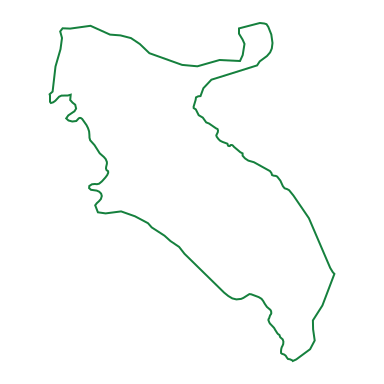 Ilam, Equal Earth projection
{"feature_id": "IRN-3221", "entity_name": "Ilam", "entity_type": "Province", "adm_level": 1, "iso_a3": "IRN", "parent_name": "Iran", "parent_adm1": "", "projection": "equal_earth", "projection_center": [46.793, 33.074], "detail": "fine", "context": "isolated", "style": "outline", "palette": "green", "viewbox_px": 384, "rotation_deg": 0, "n_neighbors": 0, "source": "natural_earth", "source_scale": "10m", "svg_char_len": 2605}
<svg xmlns="http://www.w3.org/2000/svg" viewBox="0 0 384 384"><path d="M50.9,103.0L50.0,101.8L50.0,95.6L49.6,94.3L52.6,91.6L55.5,66.5L60.5,49.2L62.0,38.0L60.2,31.4L62.6,28.3L70.2,28.6L90.5,25.8L110.0,34.6L120.5,35.4L131.0,38.1L139.8,44.0L149.4,53.2L182.1,64.9L197.4,66.3L219.6,60.0L240.0,61.0L242.7,55.1L244.5,43.9L242.6,39.6L239.0,33.7L239.0,28.4L259.9,23.0L264.3,23.5L266.5,24.2L268.3,26.9L271.3,34.5L272.5,43.0L271.8,48.5L270.1,52.4L267.0,56.0L259.7,61.4L257.1,65.4L211.4,79.7L203.4,88.2L200.5,96.1L198.2,96.3L196.0,97.4L195.6,100.0L193.6,106.7L193.7,108.1L195.8,109.4L198.7,115.2L202.8,117.6L206.2,122.4L209.0,123.5L216.1,128.4L217.5,129.0L218.0,130.5L217.8,132.2L216.3,135.3L216.7,136.7L218.4,139.0L220.1,140.7L222.5,141.9L227.4,143.7L227.6,144.1L227.8,145.0L228.2,145.8L229.2,146.1L229.9,146.0L230.5,145.1L231.4,145.0L232.4,145.2L233.2,145.9L233.8,146.7L240.3,152.2L242.6,153.4L242.6,155.7L245.0,158.4L248.3,160.6L253.9,162.2L270.0,171.1L271.4,173.0L272.1,175.1L273.8,175.7L275.8,175.9L277.2,176.6L280.4,180.7L282.9,186.2L284.6,188.3L287.1,189.1L289.1,190.2L293.4,195.5L308.9,218.2L330.2,267.9L332.8,272.2L334.4,273.9L322.4,305.5L312.9,320.4L313.1,329.3L314.7,340.5L310.1,349.2L296.3,359.4L292.8,361.0L292.5,360.5L290.0,359.3L288.0,359.0L286.8,357.5L285.7,355.7L284.1,354.5L282.0,353.8L281.1,353.1L281.0,351.7L281.2,349.2L281.7,347.3L282.5,345.8L283.2,344.1L283.4,341.6L282.7,339.4L280.2,337.2L279.4,334.9L278.2,334.2L277.3,333.2L275.0,329.6L274.5,328.6L273.9,327.7L269.9,323.5L269.3,322.4L268.4,320.1L268.5,319.2L269.0,318.6L270.1,315.3L270.9,314.3L271.3,313.2L271.1,311.2L270.4,309.9L266.9,306.9L264.7,303.7L263.2,301.0L261.5,298.8L258.7,297.1L251.2,294.3L249.4,294.1L243.4,297.9L241.1,298.9L236.4,299.4L232.3,298.4L228.3,296.0L224.1,292.6L184.5,253.8L179.1,246.9L170.5,241.1L164.4,235.6L163.9,235.3L151.7,227.4L148.0,223.2L135.0,216.3L121.1,211.4L105.6,213.4L97.9,212.3L95.2,205.3L96.8,203.2L99.0,201.2L100.9,199.0L101.8,196.0L101.1,193.6L99.2,191.7L96.7,190.6L91.0,189.8L89.1,188.1L89.3,186.0L91.9,184.3L94.8,184.0L97.0,184.2L99.1,183.7L101.9,181.4L105.4,177.5L107.2,175.1L108.2,172.8L108.1,171.2L106.6,170.2L106.0,168.6L106.1,167.1L106.9,163.8L106.9,162.0L105.7,159.1L103.9,157.0L99.7,153.3L94.5,145.1L90.2,140.3L89.5,137.8L89.4,134.9L89.1,131.4L88.0,128.1L86.5,125.1L82.2,119.0L81.8,118.7L81.4,118.4L80.9,118.1L80.7,118.0L80.0,117.9L79.4,118.0L78.7,118.4L76.3,121.0L72.3,121.5L68.5,120.5L66.2,118.4L68.3,115.4L74.5,111.2L76.1,108.6L75.2,104.7L72.5,102.6L70.2,100.0L70.7,94.7L67.9,95.5L61.5,95.6L59.1,96.7L55.3,100.8L53.2,102.3L50.9,103.0Z" fill="none" stroke="#15803d" stroke-width="2"/></svg>